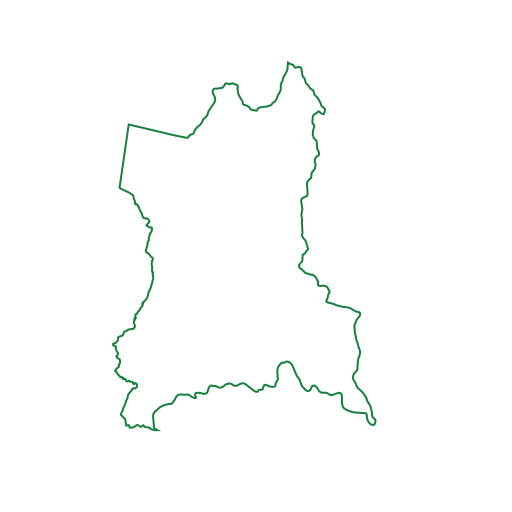 SVG path tracing the border of Roraima, rotated 193°
{"feature_id": "BRA-670", "entity_name": "Roraima", "entity_type": "State", "adm_level": 1, "iso_a3": "BRA", "parent_name": "Brazil", "parent_adm1": "", "projection": "robinson", "projection_center": [-61.438, 1.924], "detail": "fine", "context": "isolated", "style": "outline", "palette": "green", "viewbox_px": 512, "rotation_deg": 193, "n_neighbors": 0, "source": "natural_earth", "source_scale": "10m", "svg_char_len": 6121}
<svg xmlns="http://www.w3.org/2000/svg" viewBox="0 0 512 512"><g transform="rotate(193 256 256)"><path d="M340.0,60.3L340.7,60.5L341.2,61.9L341.9,62.6L344.3,61.6L346.3,66.6L347.1,67.7L351.9,70.9L352.0,72.5L351.1,76.1L351.1,78.3L350.1,82.2L350.0,85.7L349.3,88.3L349.4,92.0L348.6,94.0L347.2,96.4L346.5,98.9L345.6,99.6L344.1,99.7L342.7,101.4L342.6,102.5L342.8,103.6L343.4,104.4L344.8,105.0L345.6,104.8L346.0,103.7L346.5,103.7L347.4,104.4L347.7,105.5L348.2,105.7L350.0,105.2L351.9,105.8L352.4,105.0L353.5,104.8L354.5,105.3L355.5,106.7L357.6,106.1L357.9,106.3L357.7,107.0L358.1,107.5L360.1,107.8L360.9,107.2L361.6,108.2L364.6,110.1L365.9,111.7L367.3,112.1L366.9,114.5L365.1,116.6L364.6,117.7L365.3,119.0L364.6,120.4L364.6,122.6L365.2,124.1L366.1,124.8L368.3,125.6L369.4,126.6L369.2,127.4L368.6,128.4L368.5,129.8L369.0,130.7L370.7,132.5L372.0,134.7L372.0,136.2L375.0,136.9L375.5,138.0L375.1,138.7L373.7,139.3L372.7,140.4L371.6,142.9L372.0,145.2L371.8,146.0L370.8,146.9L368.7,148.0L368.1,148.7L367.6,150.2L367.6,151.9L367.3,152.6L365.7,153.6L363.7,155.7L359.5,157.3L358.2,159.0L358.2,160.7L359.9,163.2L360.3,164.7L359.3,168.1L360.2,167.7L360.0,170.6L360.3,172.1L359.2,172.6L358.7,174.5L357.1,177.6L356.4,180.3L355.4,181.6L355.4,182.4L356.1,183.7L355.2,184.2L355.7,185.6L354.6,186.6L352.7,190.5L352.5,192.0L352.5,196.6L351.4,201.4L351.1,210.9L351.3,212.1L352.9,215.7L352.6,216.9L353.5,217.4L354.2,218.6L354.4,220.9L355.9,224.7L356.2,227.9L355.6,229.4L356.1,230.5L359.2,232.5L361.4,234.4L363.4,234.7L364.5,236.1L364.3,242.6L364.8,244.9L363.9,247.2L364.7,249.8L364.3,251.7L364.4,253.8L363.3,256.2L363.4,258.5L363.6,259.6L364.1,260.3L366.4,259.9L368.3,260.8L369.4,260.9L369.5,261.7L367.6,265.3L367.6,265.8L368.8,267.1L369.8,267.9L371.4,268.0L373.2,267.6L374.3,267.9L375.4,269.0L376.8,271.6L377.7,272.9L379.8,274.9L381.3,277.6L382.4,278.0L383.2,279.5L383.8,279.7L385.3,279.4L385.9,280.3L386.3,282.4L387.7,283.7L388.8,286.5L389.4,287.4L393.7,289.2L402.3,291.0L404.3,291.8L409.6,355.5L363.1,355.2L349.9,355.6L348.7,356.3L348.3,357.8L347.7,359.0L345.1,360.7L344.3,361.7L344.2,364.1L342.4,368.3L340.3,370.7L339.6,371.8L338.7,374.4L338.0,377.4L335.2,381.9L334.8,386.6L331.2,395.8L330.8,398.2L330.9,399.1L331.7,401.3L335.0,405.5L335.4,407.4L334.9,409.0L333.6,409.9L331.8,410.3L326.5,412.4L325.2,415.0L324.8,416.8L324.0,417.5L320.1,417.5L318.0,419.0L313.1,418.4L312.1,417.8L311.8,417.0L311.8,415.1L311.1,413.8L310.8,412.5L309.5,409.6L306.4,406.0L304.1,404.0L303.0,401.2L301.7,400.6L299.0,400.5L296.3,399.6L294.6,398.0L293.4,397.4L288.2,397.7L287.9,398.0L287.1,400.4L286.3,401.2L281.8,403.2L279.4,403.8L275.3,406.4L274.0,408.9L271.9,411.4L271.3,413.8L270.9,417.3L269.4,421.9L269.4,424.0L270.5,429.2L269.6,432.1L269.6,435.6L267.3,443.9L268.3,451.7L266.3,450.9L262.6,450.5L261.0,448.8L260.1,448.3L256.8,449.8L255.3,449.9L254.4,449.5L254.0,448.9L251.0,441.6L248.6,439.9L246.3,435.7L243.6,434.0L240.4,431.2L237.5,430.3L235.2,426.2L231.4,423.9L227.8,419.9L226.0,417.1L225.2,416.5L222.2,415.2L221.6,414.0L221.7,410.0L222.1,409.4L223.0,409.3L225.2,409.9L226.6,410.8L227.7,410.9L228.2,410.6L228.9,409.1L230.6,407.7L231.6,406.2L232.0,404.4L231.2,399.2L230.7,398.0L228.9,396.6L228.4,395.4L228.6,390.2L227.9,386.8L226.2,383.8L224.1,382.7L223.0,381.7L222.1,379.8L220.9,375.0L218.3,371.5L217.4,369.3L217.5,368.3L217.8,367.7L218.8,367.2L219.6,366.2L220.5,363.1L220.2,361.7L218.4,358.4L218.3,354.2L220.3,349.8L220.4,348.4L219.9,345.4L220.0,344.2L222.1,341.4L222.8,338.3L219.9,329.1L219.6,327.0L220.0,325.8L222.7,323.9L224.6,321.6L224.1,318.8L221.4,312.4L221.1,306.7L220.8,305.4L219.1,301.7L218.9,299.2L215.9,289.0L215.9,286.7L215.5,285.8L214.3,284.4L211.7,282.5L210.5,281.1L207.0,274.8L206.9,274.0L208.3,271.6L208.8,269.6L210.8,267.6L209.8,262.0L210.1,260.7L211.9,257.4L212.0,256.7L211.6,255.3L210.6,254.1L208.3,253.2L203.9,250.5L201.4,250.5L199.0,250.1L196.6,250.5L194.5,249.7L192.4,248.1L189.7,244.9L189.3,243.4L189.3,242.1L189.0,241.6L188.4,241.2L186.4,241.2L183.6,242.3L182.4,242.4L180.3,242.0L178.8,240.9L176.1,237.8L176.9,235.1L176.8,231.1L177.4,228.2L177.2,227.4L176.2,226.9L169.6,226.7L166.4,226.1L159.6,226.0L156.4,226.4L153.1,226.5L146.8,224.6L143.8,224.2L142.7,224.5L141.9,224.0L141.4,223.0L141.4,221.7L141.7,220.3L143.7,216.2L144.5,209.7L143.7,208.0L142.9,204.8L138.9,196.1L137.3,193.8L135.4,190.0L133.8,187.8L132.9,185.8L132.7,183.3L133.2,178.3L133.0,175.9L131.7,168.5L131.9,167.1L133.8,163.9L134.2,162.9L134.3,159.6L133.9,158.2L130.7,154.8L127.6,150.6L121.9,147.4L116.9,143.0L114.7,139.5L111.2,136.0L110.2,134.6L107.9,129.6L106.8,126.2L106.1,125.3L103.0,123.4L102.4,122.1L102.4,119.7L102.8,118.5L103.5,117.8L105.9,117.6L108.3,119.0L110.3,121.1L111.5,123.3L112.3,125.9L113.0,127.1L113.9,127.5L125.6,125.6L132.0,126.1L135.5,127.2L136.8,128.0L137.9,129.3L139.5,133.0L140.3,137.2L141.1,139.6L142.5,141.3L144.6,141.4L150.9,137.4L153.1,137.4L156.2,138.6L161.4,137.6L163.9,138.3L167.4,141.8L169.7,143.0L171.8,142.2L172.5,140.3L172.9,138.0L174.1,136.3L175.9,136.1L177.9,136.9L181.3,139.1L183.1,141.1L186.1,145.8L189.3,148.4L196.2,157.9L198.6,159.6L199.6,160.0L201.8,160.2L202.7,159.9L205.3,158.0L206.6,158.0L207.1,157.6L209.0,154.3L209.5,152.0L209.5,149.6L209.0,147.1L208.1,144.9L208.0,143.4L207.2,141.9L207.0,140.4L208.2,136.5L207.9,134.1L208.2,133.2L210.2,132.2L213.1,131.9L217.3,132.7L218.8,132.2L219.4,129.9L219.5,127.8L220.0,127.1L222.8,126.3L223.5,125.6L223.8,124.2L225.6,123.7L227.9,124.3L237.8,128.9L239.8,129.2L242.0,128.3L245.9,125.1L248.3,124.7L251.3,125.9L253.5,125.7L256.5,124.1L259.2,120.8L260.3,120.0L262.3,119.5L264.3,119.7L266.3,120.3L268.5,119.6L270.1,119.9L270.9,119.5L271.9,118.4L272.4,117.0L272.7,112.5L273.5,110.9L275.7,109.9L279.7,110.0L282.2,109.6L283.5,109.1L284.3,108.2L284.1,107.0L282.7,104.7L283.1,104.0L284.1,103.8L287.1,104.3L290.7,105.8L294.5,104.7L298.8,104.1L300.6,103.1L302.1,100.9L303.0,97.1L304.8,93.0L306.6,92.7L311.6,90.2L314.0,88.5L315.9,86.6L319.4,81.7L320.5,78.8L320.1,76.1L316.7,65.9L315.7,64.9L312.8,64.1L315.2,63.5L319.4,63.7L321.7,64.8L325.4,64.4L326.4,64.7L327.5,65.7L327.9,65.7L329.4,63.8L330.5,63.7L332.7,64.6L333.9,64.6L336.9,61.4L340.0,60.3Z" fill="none" stroke="#15803d" stroke-width="2"/></g></svg>